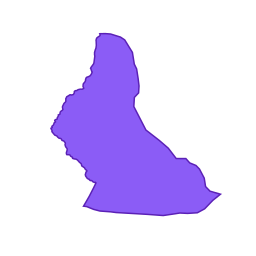 Assoungha, Ouaddaï, Chad, rotated 167°
{"feature_id": "50815135B12284790062818", "entity_name": "Assoungha", "entity_type": "district", "adm_level": 2, "iso_a3": "TCD", "parent_name": "Chad", "parent_adm1": "Ouaddaï", "projection": "mercator", "projection_center": [22.07, 13.467], "detail": "fine", "context": "isolated", "style": "filled", "palette": "violet", "viewbox_px": 256, "rotation_deg": 167, "n_neighbors": 0, "source": "geoboundaries", "source_scale": "gbopen_adm2", "svg_char_len": 4080}
<svg xmlns="http://www.w3.org/2000/svg" viewBox="0 0 256 256"><g transform="rotate(167 128 128)"><path d="M107.8,166.5L107.0,174.0L106.3,183.6L107.5,188.8L106.7,200.7L111.4,214.6L114.8,218.2L114.9,218.3L123.8,223.5L128.6,225.0L134.1,226.2L134.3,226.2L134.2,225.7L134.4,224.5L134.5,224.4L134.9,224.1L135.0,224.0L136.3,223.6L137.0,223.3L137.4,223.1L138.2,222.7L139.0,221.6L139.2,221.0L139.4,220.7L139.6,219.2L140.3,215.6L141.2,213.2L141.3,213.0L141.4,212.8L142.2,211.7L143.5,209.3L143.6,209.2L143.7,208.5L144.0,207.6L144.1,206.9L144.1,206.6L144.2,205.6L144.2,205.4L145.0,203.3L146.4,199.5L146.5,199.3L146.6,199.1L147.1,198.3L147.2,198.1L147.5,197.9L150.5,195.3L150.6,195.1L151.0,194.6L150.9,194.5L150.8,193.3L150.8,193.1L150.6,191.5L150.5,190.6L150.4,190.6L150.4,190.4L150.5,190.3L151.8,188.5L153.2,187.4L154.9,186.9L155.3,186.9L156.0,186.8L156.7,186.7L156.9,186.7L157.3,186.4L157.5,186.3L158.3,185.1L158.5,184.5L158.6,184.4L158.7,183.8L158.8,183.7L159.2,183.1L159.4,182.8L161.0,181.6L161.4,181.2L161.5,181.2L161.9,180.5L162.2,179.5L162.5,178.6L162.3,177.6L162.2,177.0L162.2,176.8L162.2,176.7L162.6,176.4L164.1,176.1L164.9,176.4L165.3,176.5L165.7,176.6L167.2,176.6L167.5,176.6L168.0,176.6L169.5,176.0L170.0,176.1L170.9,176.2L171.1,176.2L171.9,175.7L172.0,175.7L172.2,175.4L172.3,175.0L172.3,174.9L172.3,174.7L172.4,174.3L172.9,173.8L173.3,173.3L173.8,172.9L175.2,172.9L175.5,172.8L176.8,173.4L177.2,173.4L177.3,173.3L180.7,172.2L181.7,170.9L181.9,170.7L182.0,170.6L182.1,170.1L182.4,168.9L182.6,168.0L182.7,167.8L183.1,167.4L184.8,166.4L186.4,164.4L186.5,164.3L187.0,163.6L187.2,163.0L187.2,162.7L187.3,160.6L188.1,160.0L188.7,159.8L189.8,159.3L190.2,159.0L190.5,158.7L191.2,156.9L191.5,156.7L193.0,156.4L193.1,155.5L193.4,155.1L194.1,154.4L194.3,154.3L194.4,154.2L194.5,154.0L194.6,153.9L195.0,152.8L195.3,152.5L196.2,152.5L196.3,152.5L197.0,152.4L197.4,152.1L197.6,152.0L197.7,151.9L197.7,151.5L197.6,151.1L197.5,150.9L197.3,150.3L197.8,150.1L198.3,149.8L198.6,149.6L198.8,149.6L199.6,148.2L200.4,147.4L200.5,147.4L201.4,147.0L201.7,146.8L201.8,146.7L201.8,146.4L201.7,146.0L201.7,145.6L201.8,145.4L202.3,145.3L203.0,145.2L203.2,144.9L202.7,143.1L202.6,142.6L202.6,142.4L202.6,142.1L202.9,141.8L202.9,141.7L202.9,141.4L201.9,139.4L201.1,137.8L201.0,137.6L200.9,137.6L199.0,136.1L198.6,135.0L198.1,134.4L197.7,133.8L197.5,133.6L196.7,133.2L196.3,133.1L195.9,132.9L195.4,132.1L195.1,130.8L194.9,130.6L194.1,130.2L193.5,129.8L193.4,129.7L193.3,129.4L192.7,128.2L192.5,127.7L192.5,127.3L192.5,127.1L192.6,126.9L193.1,126.0L193.1,125.4L193.1,124.8L193.0,124.2L193.0,123.9L192.9,123.6L192.7,123.1L192.5,122.7L192.2,122.1L192.1,121.9L192.0,121.6L192.1,120.8L192.2,120.4L193.0,118.8L193.2,118.6L193.3,118.4L193.6,117.8L193.6,117.7L193.8,116.8L193.8,116.7L193.7,116.0L193.7,115.9L193.2,115.7L192.3,115.4L192.2,115.4L191.3,115.2L190.6,114.6L190.4,114.3L190.4,114.2L190.3,113.5L189.6,112.8L189.5,112.7L189.0,112.3L188.9,112.2L188.7,111.7L188.8,111.4L188.8,111.0L188.8,110.9L188.7,110.8L187.9,110.3L187.2,109.9L186.5,109.7L185.3,109.1L185.1,108.9L184.3,107.9L183.2,105.9L183.1,105.6L182.3,104.6L181.8,104.0L181.7,103.9L181.7,103.7L181.6,103.2L181.6,101.5L180.8,100.6L180.5,100.3L179.7,99.4L179.3,99.0L179.2,98.5L179.1,97.9L178.4,96.6L178.1,96.3L177.7,95.8L177.7,95.7L177.8,95.2L178.2,94.9L178.5,94.7L178.8,94.5L178.9,94.4L179.4,93.4L180.1,92.2L180.1,90.9L180.1,90.7L179.8,90.0L179.0,88.0L178.0,87.1L177.6,86.8L177.3,86.7L177.2,86.4L177.2,86.1L176.6,85.3L176.4,85.3L176.3,85.2L176.1,85.2L175.2,84.9L174.6,84.1L174.5,83.8L174.4,83.8L174.3,83.6L173.8,83.1L173.2,82.7L172.9,82.5L172.7,82.5L172.3,82.4L172.0,82.4L171.7,81.9L171.6,81.7L172.8,80.1L173.0,79.9L175.0,77.4L181.0,70.3L186.2,64.7L188.1,62.7L188.9,61.8L188.5,61.7L185.9,60.7L179.9,56.5L174.0,53.4L163.7,50.2L158.6,48.3L128.9,39.6L113.4,34.8L100.9,33.8L96.6,33.5L89.2,31.4L79.5,29.8L71.5,32.0L61.7,38.4L52.8,42.7L62.3,48.0L65.6,53.5L65.0,62.0L67.6,71.9L70.2,76.2L75.7,80.1L78.5,85.2L87.9,87.4L93.3,99.3L100.2,108.7L111.0,122.0L117.5,147.6L114.9,156.4L109.8,159.8L107.8,166.5Z" fill="#8b5cf6" stroke="#5b21b6" stroke-width="1.5"/></g></svg>